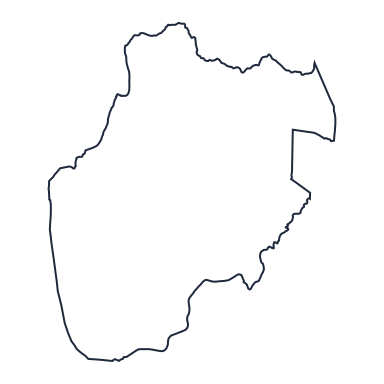 outline of Honey, Puebla, Mexico
{"feature_id": "50627088B33032017587256", "entity_name": "Honey", "entity_type": "district", "adm_level": 2, "iso_a3": "MEX", "parent_name": "Mexico", "parent_adm1": "Puebla", "projection": "equal_earth", "projection_center": [-98.229, 20.26], "detail": "fine", "context": "isolated", "style": "outline", "palette": "slate", "viewbox_px": 384, "rotation_deg": 0, "n_neighbors": 0, "source": "geoboundaries", "source_scale": "gbopen_adm2", "svg_char_len": 5862}
<svg xmlns="http://www.w3.org/2000/svg" viewBox="0 0 384 384"><path d="M118.8,360.9L121.2,359.3L122.6,359.0L123.2,358.3L123.6,357.2L126.6,356.9L137.1,350.0L138.7,349.3L140.4,349.1L145.3,349.1L148.0,349.1L150.5,349.3L158.1,350.7L161.7,351.2L163.7,350.8L165.2,349.7L166.3,348.5L167.3,346.3L167.8,344.7L167.9,343.7L168.1,340.8L168.4,339.0L169.5,337.2L170.9,335.7L183.5,330.8L185.5,329.8L186.8,328.6L187.9,326.1L188.0,325.2L187.9,323.1L187.6,322.3L187.2,320.3L187.1,318.2L187.5,316.2L188.6,314.3L189.0,313.2L189.5,309.9L189.4,308.0L188.6,301.9L188.7,300.1L189.2,298.5L190.3,296.7L193.3,293.1L194.1,291.6L199.1,286.0L200.6,284.6L202.7,282.0L203.8,281.0L205.1,280.1L206.7,279.9L211.9,281.4L213.9,281.7L215.9,281.7L218.9,281.3L224.3,280.9L226.9,280.5L228.7,280.1L231.7,278.4L237.2,274.9L238.3,274.4L239.1,274.3L239.9,274.4L240.7,274.9L241.5,275.2L243.9,280.9L243.9,281.3L243.7,282.3L244.2,282.4L244.8,282.7L245.9,283.8L246.6,284.3L247.0,284.8L247.1,285.4L248.3,288.6L249.4,289.4L250.0,289.4L250.7,288.9L252.6,285.4L255.1,282.3L255.4,282.1L257.2,281.6L258.5,281.1L259.2,280.3L259.3,279.8L262.1,273.5L262.9,272.3L263.8,269.7L263.9,269.1L263.6,266.3L262.9,263.7L262.0,263.1L261.2,262.0L260.1,257.5L260.0,256.6L260.1,254.8L260.5,253.1L260.8,252.4L261.4,251.5L263.9,249.9L265.6,249.9L266.8,249.5L267.4,249.1L268.1,247.5L268.9,246.8L269.4,246.7L271.1,247.4L271.8,247.9L273.3,248.3L273.7,248.3L273.9,247.9L273.5,246.6L273.6,244.2L274.3,242.2L275.3,242.3L277.0,243.3L277.5,243.3L277.8,242.5L277.9,242.0L278.0,241.6L278.7,240.9L279.1,240.2L279.2,239.8L279.1,239.0L279.3,237.8L280.1,235.6L281.5,233.7L284.4,232.4L285.4,231.4L287.2,230.5L287.8,230.0L288.3,229.2L288.2,228.7L287.8,228.4L285.8,227.6L285.7,227.3L285.9,227.1L287.3,226.5L287.6,226.3L287.9,225.7L287.8,225.3L287.4,224.9L287.4,224.5L287.8,224.1L289.3,223.4L289.6,223.2L289.8,222.5L290.9,221.9L291.7,221.1L292.4,219.9L292.6,218.6L292.9,217.6L292.8,215.3L293.3,214.4L294.2,213.9L295.3,213.7L298.2,213.8L300.3,213.2L300.5,212.8L300.6,211.5L301.8,208.9L302.5,207.8L303.9,207.0L304.0,206.3L303.8,205.3L303.9,204.7L304.7,204.3L305.1,203.8L305.6,203.5L306.7,203.6L307.1,203.3L307.3,202.5L307.4,201.6L306.9,200.3L307.3,199.6L307.9,198.9L308.7,198.4L309.5,198.4L309.9,198.7L310.1,192.8L291.1,179.0L291.8,177.8L291.8,177.1L291.7,176.3L291.5,175.5L291.5,174.8L291.6,173.6L292.0,172.2L292.8,129.7L314.2,132.8L315.6,133.4L319.3,135.3L324.6,138.7L325.1,138.3L325.8,138.2L326.8,138.4L328.1,139.2L329.0,139.2L329.6,139.4L330.2,139.8L330.6,140.3L330.8,140.9L331.6,141.1L334.0,140.6L334.5,134.0L334.9,130.8L335.4,123.0L335.3,117.4L334.7,113.6L334.2,112.0L333.9,110.6L333.9,106.6L330.3,99.2L314.6,62.9L314.2,65.0L314.1,68.5L313.5,70.0L312.4,71.8L311.3,73.0L309.4,73.3L308.4,73.7L307.0,73.6L306.0,73.7L305.0,73.9L302.8,74.9L302.0,74.8L301.5,74.4L300.8,72.5L300.2,72.1L297.1,72.0L296.1,71.5L295.0,71.5L293.3,72.0L292.3,72.5L291.2,72.3L289.0,70.6L288.2,70.4L286.9,70.5L285.9,70.1L283.8,68.3L281.1,65.4L276.6,61.5L275.9,60.6L273.4,59.5L271.9,58.3L271.2,56.7L270.2,55.2L269.4,54.5L268.9,54.5L268.3,55.0L267.6,55.9L266.9,56.7L264.0,56.8L262.6,57.3L261.8,58.1L259.9,61.9L259.3,63.5L259.0,64.9L258.2,65.4L256.4,64.9L254.7,65.2L252.9,65.9L251.5,67.1L250.4,68.4L249.0,68.5L247.5,68.3L246.0,69.5L244.8,71.0L243.5,72.4L242.2,72.6L241.6,72.2L241.0,70.9L240.2,69.1L239.4,68.2L237.9,67.4L236.6,67.2L234.2,68.3L233.1,68.2L232.2,67.4L231.5,66.9L230.4,67.0L229.5,66.4L228.1,66.4L226.7,65.7L225.6,64.6L224.4,63.9L223.5,63.5L221.7,63.0L221.0,62.4L220.5,61.3L219.7,60.2L219.1,59.9L218.8,59.4L217.4,58.7L216.7,58.8L215.9,59.6L214.5,60.3L212.3,60.7L211.2,60.6L210.3,60.1L209.4,60.0L208.8,60.5L208.2,61.0L207.3,61.0L205.1,60.5L204.6,59.9L204.2,59.1L203.4,58.3L202.8,58.1L202.0,58.2L201.2,58.1L200.7,57.6L200.3,56.6L200.0,56.1L198.1,55.3L197.3,54.5L196.9,53.6L196.6,52.5L196.7,51.5L197.2,50.6L197.2,49.7L195.9,44.8L195.6,40.9L195.3,39.9L195.4,38.6L195.1,37.9L194.3,37.2L193.5,37.1L191.9,37.9L190.9,36.9L190.0,34.7L189.0,33.8L188.7,32.9L188.5,30.6L187.9,29.8L186.9,28.0L185.3,27.6L185.1,27.0L185.2,25.7L185.0,24.4L184.4,23.8L180.7,23.6L179.3,23.0L178.4,23.0L175.4,24.8L171.6,24.8L170.4,25.1L169.3,25.0L168.2,24.7L167.7,25.2L167.7,25.7L167.2,26.4L166.3,26.7L165.7,27.2L165.5,28.4L165.1,29.2L162.5,31.5L161.2,33.0L159.6,33.4L155.9,35.7L153.9,35.4L152.3,35.9L151.1,35.9L148.1,35.1L144.2,33.4L143.0,33.1L140.6,33.1L139.8,33.8L139.4,34.9L138.4,35.3L136.8,35.4L134.9,35.2L134.2,35.4L133.4,36.3L132.2,38.3L130.5,40.1L129.5,42.1L128.3,43.3L127.6,44.6L126.5,45.4L125.3,45.7L124.9,47.3L124.8,49.9L125.0,53.2L126.2,56.7L126.3,60.0L126.7,63.6L127.9,68.1L129.1,71.5L129.2,72.5L129.5,77.3L129.3,80.1L129.4,85.1L129.3,89.6L129.1,90.9L128.3,93.4L127.7,94.4L126.9,95.2L125.7,95.8L124.3,95.9L123.3,95.7L122.2,96.0L121.2,96.0L120.9,95.4L120.6,95.2L119.5,95.2L118.1,94.2L117.7,94.2L117.4,94.3L116.8,95.0L116.7,96.0L116.3,96.1L116.1,96.5L116.0,98.0L115.4,98.7L115.1,99.5L114.8,100.0L113.7,103.4L113.6,104.7L113.2,106.1L111.4,108.1L111.5,108.7L110.6,110.5L109.9,112.1L108.0,118.9L107.9,121.5L107.4,124.2L106.6,125.7L105.9,127.8L103.5,131.9L103.0,134.7L102.3,136.0L101.0,140.1L100.5,140.8L99.3,142.8L97.7,145.0L96.3,146.1L92.6,147.9L85.7,150.3L85.2,151.6L85.0,152.6L84.3,153.9L83.5,154.0L82.9,154.7L82.6,155.3L82.5,155.9L82.3,156.5L80.9,156.9L79.8,156.8L78.7,157.0L77.1,157.5L76.3,158.3L76.5,159.1L75.8,160.7L75.4,163.5L75.6,164.8L75.7,166.3L74.9,166.9L74.5,168.4L73.3,168.5L72.6,167.8L71.5,167.1L69.8,166.5L68.5,166.6L60.1,168.3L56.8,172.2L54.1,175.3L53.5,176.6L50.1,180.0L49.1,181.1L49.0,185.6L48.6,189.0L48.9,190.8L49.1,194.2L49.3,199.6L50.2,200.0L50.7,203.5L50.9,206.9L50.8,214.1L49.8,229.5L50.8,236.8L51.4,242.7L53.6,258.1L56.8,281.9L57.8,291.3L61.3,305.2L64.7,323.0L68.0,332.8L71.4,341.1L74.8,345.7L75.8,347.6L77.1,349.4L81.5,353.1L85.2,355.7L88.3,358.9L101.0,359.8L112.6,361.0L113.0,360.3L114.8,359.2L117.9,360.3L118.8,360.9Z" fill="none" stroke="#1e293b" stroke-width="2"/></svg>